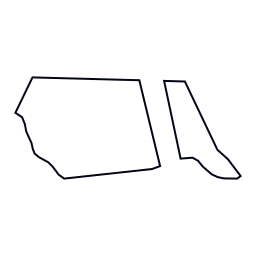 outline of Palauli
{"feature_id": "WSM-4994", "entity_name": "Palauli", "entity_type": "state/province", "adm_level": 1, "iso_a3": "WSM", "parent_name": "Samoa", "parent_adm1": "", "projection": "mercator", "projection_center": [-172.407, -13.719], "detail": "fine", "context": "isolated", "style": "outline", "palette": "ink", "viewbox_px": 256, "rotation_deg": 0, "n_neighbors": 0, "source": "natural_earth", "source_scale": "10m", "svg_char_len": 494}
<svg xmlns="http://www.w3.org/2000/svg" viewBox="0 0 256 256"><path d="M160.1,166.1L152.1,169.0L64.2,178.6L58.6,174.6L52.8,166.8L48.3,162.3L39.0,157.2L34.6,153.6L32.7,148.5L31.5,143.1L26.2,131.4L24.9,124.3L22.1,117.2L15.4,112.8L32.5,77.4L126.2,79.9L139.3,80.2L160.1,166.1ZM240.6,176.0L237.2,178.6L223.7,178.4L217.7,177.1L211.7,174.3L202.8,166.6L198.1,160.8L192.5,157.7L180.6,158.6L164.1,80.9L184.9,81.5L217.4,149.8L227.9,159.2L240.6,176.0Z" fill="none" stroke="#020617" stroke-width="2"/></svg>